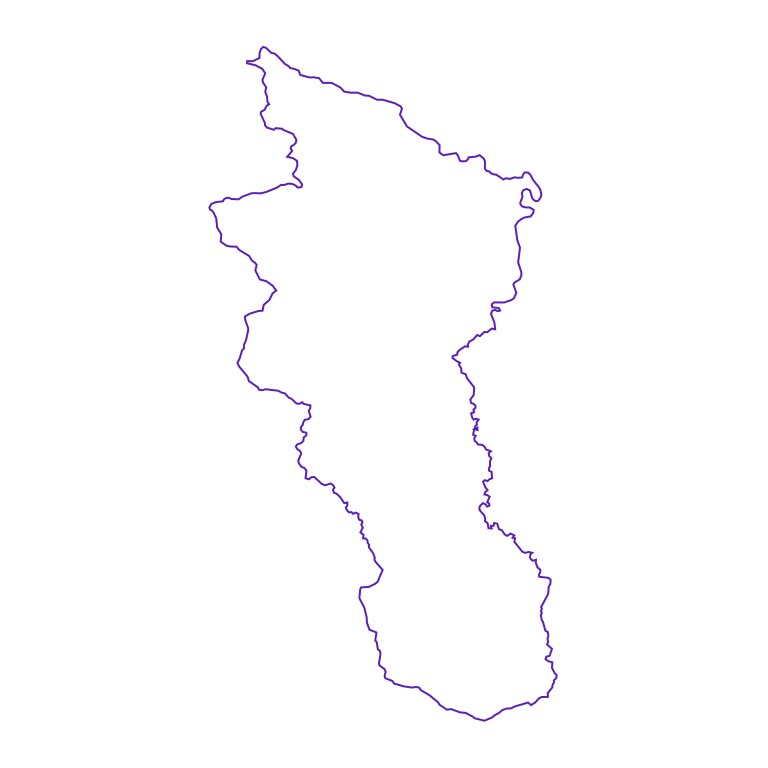 outline of Cacequi, Rio Grande do Sul, Brazil, rotated 91°
{"feature_id": "56859067B8570648201851", "entity_name": "Cacequi", "entity_type": "district", "adm_level": 2, "iso_a3": "BRA", "parent_name": "Brazil", "parent_adm1": "Rio Grande do Sul", "projection": "equal_earth", "projection_center": [-54.818, -29.936], "detail": "fine", "context": "isolated", "style": "outline", "palette": "violet", "viewbox_px": 768, "rotation_deg": 91, "n_neighbors": 0, "source": "geoboundaries", "source_scale": "gbopen_adm2", "svg_char_len": 6127}
<svg xmlns="http://www.w3.org/2000/svg" viewBox="0 0 768 768"><g transform="rotate(91 384 384)"><path d="M50.0,507.7L49.1,510.6L51.0,512.7L55.2,514.2L60.2,514.2L63.6,521.0L63.5,526.4L65.7,526.5L67.6,517.9L71.0,511.2L75.4,508.2L82.0,510.8L84.7,510.2L89.5,507.0L94.0,507.8L98.8,506.0L104.0,505.4L106.3,503.7L107.6,505.9L112.1,508.4L113.9,511.6L116.0,512.1L124.9,507.7L127.4,507.5L129.7,505.4L131.7,498.5L130.1,496.7L130.6,490.3L131.9,488.7L135.5,479.4L141.4,475.9L144.2,476.3L146.5,478.3L147.8,480.8L150.2,481.4L152.6,479.9L158.5,484.8L159.8,478.8L162.4,474.9L166.9,474.4L171.6,475.9L175.3,478.7L177.9,477.9L181.3,472.8L185.9,469.3L188.5,470.0L189.1,473.7L187.4,475.5L185.6,478.9L185.3,483.1L186.8,487.5L186.7,490.3L189.7,494.8L194.1,505.2L195.5,510.3L195.4,517.9L195.8,520.4L199.3,529.1L201.9,532.6L201.7,539.7L200.6,542.1L200.6,544.8L202.0,547.1L204.1,548.2L205.2,555.8L207.0,559.8L210.7,561.7L212.7,560.9L213.7,558.8L215.8,557.3L221.4,554.6L230.4,553.6L237.1,549.3L244.6,549.7L248.5,543.9L249.2,539.9L249.3,533.9L252.6,530.9L258.4,521.0L262.8,518.3L265.0,515.1L267.1,513.4L272.7,514.6L281.6,510.0L283.3,503.4L287.7,497.0L292.4,493.4L295.4,497.0L302.2,500.2L306.9,505.6L312.8,506.7L313.2,510.9L316.0,519.4L318.9,524.2L322.7,523.8L330.5,520.8L333.1,520.8L342.5,522.7L347.5,524.8L350.6,524.4L352.8,526.5L360.8,528.7L365.6,530.9L369.1,529.1L379.0,520.6L383.5,519.1L389.6,510.0L391.9,508.8L392.4,506.0L391.3,502.3L392.6,489.6L394.4,486.2L395.1,482.9L399.3,479.0L400.5,476.1L405.0,471.2L405.2,468.0L403.6,465.4L405.2,464.2L406.7,457.2L409.4,457.3L412.3,458.8L417.9,456.8L420.3,458.7L421.3,462.7L423.8,464.1L426.0,464.4L428.5,466.3L431.0,466.4L433.3,464.4L434.1,460.8L436.5,460.6L439.0,463.4L442.2,463.6L444.4,465.6L445.9,469.6L448.0,471.1L450.5,469.7L452.6,466.7L454.9,465.5L462.0,468.4L464.6,467.8L468.0,465.3L469.5,462.0L472.0,460.0L479.6,460.8L480.6,457.4L478.4,454.8L478.2,452.0L485.0,444.5L486.3,441.1L484.4,435.6L486.2,433.0L488.4,431.7L490.5,433.1L493.5,432.3L494.4,429.7L497.8,425.9L503.8,421.7L503.1,418.6L506.1,418.6L508.5,420.0L510.9,418.8L512.9,416.8L512.7,414.2L514.3,412.7L513.1,410.1L514.3,407.2L517.9,407.4L520.2,406.3L520.8,403.8L522.7,403.1L525.0,404.3L527.9,402.7L532.8,405.0L535.0,401.9L538.7,402.2L538.8,399.5L541.0,397.7L543.0,397.6L545.0,396.1L547.5,396.3L553.5,391.8L557.8,390.2L559.9,390.5L562.0,389.3L569.9,382.1L581.8,386.9L584.1,389.6L587.2,395.8L587.7,403.3L589.8,404.2L598.5,404.9L607.9,399.8L617.4,397.3L623.0,396.9L630.0,394.2L632.6,387.2L640.5,388.3L642.2,386.8L649.4,385.5L650.9,383.4L653.9,382.8L663.6,384.2L665.8,383.2L669.0,378.5L671.8,377.3L675.8,378.3L678.2,377.5L680.8,370.4L683.3,368.7L686.0,358.8L687.0,350.8L686.4,346.6L686.9,343.6L689.5,341.8L694.3,333.2L701.3,324.4L703.8,322.8L708.5,315.5L707.9,311.1L711.0,302.2L711.4,296.8L714.9,289.7L716.6,287.6L718.9,277.8L715.8,270.6L713.0,267.1L711.0,263.4L708.2,260.3L706.5,256.3L706.0,251.0L704.2,247.8L700.0,234.4L702.5,231.3L699.8,227.3L695.6,223.5L694.2,220.9L694.0,214.7L690.2,214.9L684.5,210.5L681.8,210.2L679.3,208.8L677.4,209.0L675.1,206.7L672.0,206.3L670.1,208.3L664.9,211.1L659.3,210.8L658.4,214.8L656.3,217.7L653.8,216.9L652.9,213.7L645.9,211.4L641.6,216.5L639.0,215.3L635.7,216.1L633.6,215.3L629.2,215.8L627.9,218.3L618.9,221.0L617.0,222.3L612.1,223.1L610.1,222.2L608.3,223.1L605.9,222.2L604.2,223.0L591.1,216.2L583.5,215.7L581.4,214.3L576.9,213.9L575.0,216.1L574.0,225.4L571.7,225.7L569.4,224.4L566.9,224.5L564.8,227.3L559.7,229.2L557.1,229.0L558.1,232.1L556.7,234.0L554.6,235.1L551.7,234.6L550.2,232.9L549.4,236.5L550.4,240.0L549.3,242.7L539.5,250.9L536.0,250.3L535.5,252.7L533.1,251.1L531.4,254.7L533.7,258.2L532.3,260.7L528.2,263.5L527.1,266.6L521.7,268.3L521.1,271.4L523.8,271.9L524.0,274.6L526.5,273.8L526.4,277.0L521.1,278.1L519.5,280.6L516.5,280.5L513.6,281.5L508.9,285.8L506.6,286.6L503.8,285.6L501.4,282.9L502.8,280.1L504.8,278.7L503.8,276.5L501.6,276.9L500.4,278.7L494.9,276.4L493.2,278.9L492.7,281.6L490.3,280.9L488.2,278.6L485.5,280.9L480.0,283.2L478.4,281.7L479.2,278.7L477.5,277.0L476.3,274.3L470.0,274.9L468.9,277.4L466.4,277.7L464.4,276.6L459.3,276.6L456.4,275.4L453.9,277.7L451.2,278.1L449.4,276.0L447.6,281.0L445.3,282.0L443.2,284.6L442.8,289.1L440.6,290.4L439.2,292.4L436.6,292.8L434.2,291.5L433.2,294.0L431.1,293.7L424.7,292.1L422.9,290.4L420.6,290.8L418.0,288.8L417.1,291.2L418.0,293.8L416.1,295.2L411.8,296.4L410.7,293.4L408.1,294.1L406.2,292.1L404.0,292.2L402.3,294.1L401.4,296.7L398.1,297.4L393.3,294.1L385.8,293.8L376.6,301.2L372.9,302.4L371.3,306.7L367.0,307.1L363.3,309.5L361.4,308.3L360.2,311.2L356.8,316.0L354.9,315.7L353.3,311.2L351.0,311.1L348.8,309.2L344.9,303.7L345.3,300.7L343.0,300.8L340.1,299.4L337.9,295.5L333.4,291.7L334.5,288.9L330.2,284.5L330.4,281.6L326.7,277.4L327.4,273.8L320.6,274.7L311.9,278.3L308.7,276.9L308.0,274.1L309.2,271.6L308.5,269.2L306.1,270.5L305.4,277.1L302.5,277.7L300.5,275.3L300.4,265.2L297.7,257.9L295.7,255.4L290.5,253.3L282.3,256.4L280.3,255.3L277.0,250.1L272.7,248.5L269.5,248.7L260.1,252.0L245.3,250.4L238.0,253.2L223.5,255.5L219.4,252.9L216.7,249.5L215.1,246.6L213.9,240.4L210.2,237.6L207.2,237.4L205.0,241.4L204.9,245.8L204.0,249.1L202.2,250.6L200.3,250.9L194.3,248.8L190.8,249.5L187.9,248.2L186.5,244.8L187.8,241.5L195.7,239.0L197.3,237.6L198.6,235.2L198.0,232.8L194.5,230.6L192.0,229.9L187.4,231.0L184.6,232.5L177.5,238.4L172.3,241.3L170.2,243.4L170.0,246.9L172.5,248.8L175.1,249.4L175.5,253.3L175.1,257.4L176.8,261.5L176.1,265.5L177.4,268.2L172.8,275.3L172.4,278.3L171.5,280.6L169.7,282.5L168.9,285.4L166.9,286.8L159.4,287.0L157.0,288.1L153.5,292.4L155.1,296.3L155.9,303.4L157.9,304.0L159.7,305.9L160.1,309.6L159.4,312.0L154.1,314.2L151.9,316.0L154.2,328.4L153.1,330.6L151.4,332.6L144.2,332.6L140.1,336.6L138.7,339.1L137.8,345.3L136.0,350.5L126.1,365.5L114.5,372.7L108.2,370.8L106.0,372.4L103.1,378.1L99.8,390.2L99.9,395.9L96.1,403.9L95.9,408.1L93.2,415.3L93.3,422.2L92.4,428.8L88.3,432.8L83.8,441.7L84.0,450.4L79.3,454.3L78.5,460.5L78.9,463.3L76.5,473.0L72.1,474.9L70.3,479.9L69.8,483.1L67.8,485.0L65.7,488.7L58.0,496.1L55.5,499.3L54.8,502.6L50.0,507.7ZM427.5,292.8L428.4,289.7L426.0,289.8L427.5,292.8Z" fill="none" stroke="#5b21b6" stroke-width="2"/></g></svg>